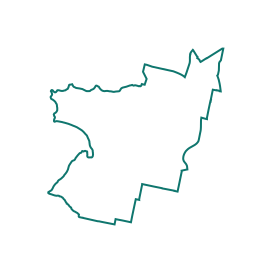 Melville, Western Australia, Australia (Mercator projection), rotated 282°
{"feature_id": "25037944B89194743408802", "entity_name": "Melville", "entity_type": "district", "adm_level": 2, "iso_a3": "AUS", "parent_name": "Australia", "parent_adm1": "Western Australia", "projection": "mercator", "projection_center": [115.829, -32.044], "detail": "fine", "context": "isolated", "style": "outline", "palette": "teal", "viewbox_px": 256, "rotation_deg": 282, "n_neighbors": 0, "source": "geoboundaries", "source_scale": "gbopen_adm2", "svg_char_len": 5502}
<svg xmlns="http://www.w3.org/2000/svg" viewBox="0 0 256 256"><g transform="rotate(282 128 128)"><path d="M173.9,132.4L173.4,132.2L172.9,132.3L172.2,132.1L171.6,131.7L171.4,131.4L171.3,130.8L171.4,130.5L171.2,130.2L171.1,129.9L171.2,129.1L171.3,127.6L171.3,126.6L171.3,126.1L171.1,125.6L170.9,125.3L170.6,124.5L170.7,124.0L171.0,123.2L170.9,122.9L170.7,122.6L170.4,122.1L170.0,121.0L168.1,117.9L166.4,114.4L165.5,113.3L164.7,112.9L163.0,112.3L162.4,112.0L162.1,111.6L161.9,111.1L161.2,108.7L160.6,107.2L160.4,106.7L160.3,105.9L160.3,104.9L160.3,103.7L160.1,102.8L160.0,100.1L159.7,98.9L159.2,97.5L159.1,97.1L159.1,96.3L159.1,95.8L159.3,94.8L159.7,93.9L160.4,92.8L161.1,91.9L161.7,91.4L162.3,90.8L162.4,90.3L162.4,90.1L162.9,88.7L162.9,88.4L162.8,88.0L162.6,87.8L162.3,87.6L160.7,87.1L159.1,86.2L158.4,85.3L157.5,84.0L156.7,83.4L156.4,83.2L156.0,82.4L155.7,81.0L155.5,80.1L155.5,79.7L155.6,79.0L156.6,75.3L156.6,74.5L156.6,73.3L156.6,72.4L156.6,72.0L156.5,71.2L156.5,70.4L156.4,69.9L156.4,68.8L156.6,68.2L157.0,66.4L157.2,66.1L157.5,65.7L158.0,65.3L159.2,64.3L158.7,63.3L158.3,62.3L158.2,61.8L158.0,61.6L157.6,61.4L156.7,61.4L156.1,61.3L155.5,61.3L155.2,61.3L154.8,61.1L154.6,61.1L154.2,61.0L153.6,60.8L153.4,60.5L153.0,59.9L151.9,59.0L151.3,57.6L151.0,57.2L150.5,55.8L150.4,54.6L150.5,52.7L150.4,51.5L150.2,51.2L150.0,50.9L149.4,50.8L148.1,50.0L147.8,49.5L147.7,49.1L147.7,48.8L148.0,48.1L148.4,47.4L149.0,46.8L149.3,46.1L149.3,45.6L149.1,45.3L148.7,45.1L148.3,44.9L148.0,44.9L147.8,45.1L147.5,45.4L146.7,46.0L145.4,46.7L145.0,46.8L144.3,46.7L143.1,46.2L142.5,45.9L142.2,45.9L141.9,46.0L141.2,46.4L140.7,46.7L140.4,47.1L140.2,48.2L139.7,49.3L139.2,50.3L138.6,51.2L138.2,51.7L137.3,52.4L136.8,53.0L136.2,53.4L135.6,53.7L134.2,54.1L132.8,54.7L132.0,54.8L131.2,55.0L130.8,55.1L130.1,55.0L129.7,54.9L129.1,54.7L128.5,54.4L127.9,54.0L127.4,53.5L126.9,52.9L126.3,52.7L125.7,52.6L125.4,52.8L125.1,53.0L124.4,53.3L123.9,53.9L123.4,54.3L122.2,54.3L121.3,54.0L120.7,54.0L119.6,54.1L119.3,54.2L119.0,54.5L118.9,54.7L118.9,55.0L119.0,55.2L119.3,55.6L119.7,56.3L119.9,56.8L120.0,58.2L120.1,62.3L120.0,63.8L120.0,64.6L119.7,68.9L119.4,70.7L119.3,71.6L118.8,74.1L118.6,75.5L118.1,77.9L116.6,82.1L115.9,83.8L115.6,84.2L115.0,85.3L114.3,86.2L113.9,86.8L113.4,87.4L112.2,89.2L111.6,89.7L109.7,91.0L109.1,91.5L107.1,92.9L105.2,93.5L104.3,93.9L103.7,94.0L102.7,94.5L102.1,94.9L101.1,95.7L99.8,97.3L98.9,98.0L98.5,98.2L97.8,98.4L97.5,98.4L97.0,98.6L96.7,98.8L95.4,99.1L94.9,99.3L93.2,99.4L92.5,99.2L92.0,98.9L91.7,98.6L91.1,96.0L91.0,95.4L91.1,94.9L91.3,94.5L91.8,94.1L92.3,93.9L93.1,93.8L93.9,93.7L95.2,93.2L95.8,93.2L96.3,93.0L96.6,92.7L96.5,91.9L96.7,91.3L96.7,90.9L96.5,90.3L95.8,89.5L95.9,88.8L96.0,88.4L95.9,88.0L95.3,87.8L94.2,87.4L93.7,86.7L93.5,86.2L93.2,85.9L91.0,84.6L89.8,84.0L87.7,83.0L86.8,82.8L85.9,82.5L85.3,82.0L84.8,81.2L84.2,80.4L83.5,79.9L81.0,78.9L79.4,78.3L78.7,78.1L77.2,78.0L75.0,77.9L73.3,77.5L72.5,77.3L70.4,76.4L68.8,75.5L68.1,75.3L67.3,75.0L64.7,73.2L63.7,72.3L62.8,71.3L62.1,70.8L61.5,70.5L60.8,70.3L60.4,70.3L60.1,70.1L59.0,69.2L58.3,68.7L56.8,67.9L55.3,67.3L53.1,66.8L51.2,66.1L50.9,65.8L50.5,65.3L49.7,64.5L49.0,63.7L48.7,63.4L48.4,63.4L47.8,63.6L47.7,63.9L47.6,64.4L47.4,64.5L47.3,65.0L47.3,65.7L47.2,66.3L47.2,66.9L47.0,68.3L46.8,70.2L46.8,70.8L46.8,71.5L46.9,72.4L47.3,73.5L47.3,74.3L47.3,74.7L47.1,75.0L46.9,75.2L47.0,76.1L47.0,76.4L46.8,77.2L46.6,77.7L46.3,78.2L46.3,78.5L46.1,78.8L45.4,79.6L45.0,80.0L44.7,80.7L44.3,81.2L42.6,82.6L42.1,83.4L41.5,83.6L41.3,83.7L41.2,84.1L41.1,84.5L40.9,84.7L40.8,84.9L40.7,85.4L40.4,85.8L40.2,86.0L39.1,87.2L38.9,87.6L38.6,88.4L38.3,88.9L38.0,89.1L37.6,89.2L37.4,89.3L36.9,89.8L35.8,91.4L35.4,92.3L35.0,94.1L34.7,94.8L34.6,95.0L34.4,96.0L34.0,96.7L33.6,97.2L33.2,98.0L32.6,98.0L31.2,98.2L30.7,98.8L30.7,101.9L30.8,102.0L30.8,102.3L30.7,102.3L30.5,117.6L30.7,119.3L30.7,121.6L30.9,134.9L36.3,134.8L36.3,135.0L36.3,137.2L36.4,141.5L36.4,150.5L43.9,150.4L60.0,150.4L60.0,153.9L60.3,153.8L62.8,153.7L75.1,153.6L76.1,153.5L76.1,165.3L76.2,173.8L76.0,174.0L76.1,176.6L76.3,186.5L76.1,186.5L76.1,189.7L76.4,189.7L80.8,189.7L96.6,189.6L97.4,189.3L99.4,193.7L99.8,194.7L102.6,193.8L103.3,193.5L103.8,193.1L104.4,192.7L104.9,192.2L106.3,190.5L107.2,189.5L107.8,189.1L108.4,188.8L109.0,188.5L109.8,188.3L110.6,188.2L111.8,188.1L113.1,188.2L114.4,188.4L115.8,188.8L117.2,189.3L117.9,189.7L119.7,190.9L120.6,191.7L121.2,192.2L125.2,196.7L126.3,197.7L127.2,198.4L128.1,198.9L128.9,199.3L129.8,199.6L131.5,199.7L138.2,199.6L140.1,199.6L141.7,199.5L144.2,199.1L148.7,198.2L150.7,197.8L153.4,197.6L153.1,201.9L153.1,203.4L154.4,203.1L162.8,203.0L163.1,203.0L163.3,203.0L171.2,203.0L171.1,203.3L172.9,203.3L172.9,203.1L183.1,203.0L183.2,206.9L183.4,206.9L183.4,209.7L183.0,209.9L183.1,211.1L187.9,209.4L190.4,208.4L194.1,206.7L196.5,205.3L197.8,204.4L198.8,204.9L203.2,204.9L210.3,203.6L211.6,203.8L213.5,204.8L225.5,204.7L225.3,203.7L212.5,190.5L212.6,190.3L208.0,185.6L207.7,185.2L208.8,184.1L209.4,183.8L210.1,182.8L210.8,181.2L211.1,181.3L211.6,181.4L212.0,181.3L212.1,181.2L212.2,180.8L217.7,175.5L217.9,175.2L217.5,175.0L216.0,174.2L215.3,173.9L214.5,173.6L213.3,173.4L213.2,173.7L211.8,173.6L211.0,173.7L210.2,173.8L206.5,174.6L205.6,174.7L204.4,174.8L202.4,174.6L194.2,173.7L189.5,173.0L189.6,172.8L189.9,172.8L191.2,169.2L191.9,166.3L192.3,164.2L192.8,161.2L192.9,160.3L192.9,157.8L193.0,138.8L193.2,137.4L193.6,134.1L193.7,133.3L193.7,131.2L186.1,131.0L179.9,136.0L173.8,135.3L173.8,133.2L173.9,132.4Z" fill="none" stroke="#0f766e" stroke-width="2"/></g></svg>